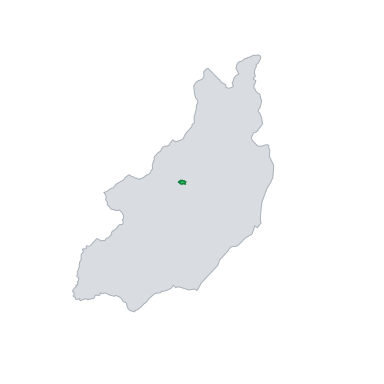 location of Bayannuur, Bulgan, Mongolia, rotated 301°
{"feature_id": "93677404B15769150174360", "entity_name": "Bayannuur", "entity_type": "district", "adm_level": 2, "iso_a3": "MNG", "parent_name": "Mongolia", "parent_adm1": "Bulgan", "projection": "albers", "projection_center": [104.475, 47.85], "detail": "fine", "context": "in_parent", "style": "filled", "palette": "green", "viewbox_px": 384, "rotation_deg": 301, "n_neighbors": 0, "source": "geoboundaries", "source_scale": "gbopen_adm2", "svg_char_len": 4535}
<svg xmlns="http://www.w3.org/2000/svg" viewBox="0 0 384 384"><g transform="rotate(301 192 192)"><path d="M41.7,143.7L42.8,143.9L44.7,143.0L45.2,141.3L45.9,140.4L50.0,140.8L51.7,141.6L52.2,140.6L52.6,140.5L53.4,141.6L54.4,141.4L55.1,141.1L55.9,139.9L57.2,140.4L59.9,139.4L60.3,136.8L61.3,136.3L63.5,136.2L64.0,135.1L64.5,134.8L66.0,134.8L68.9,133.9L70.2,134.0L71.3,133.0L73.9,131.9L77.5,131.8L77.9,131.1L81.5,129.2L85.0,129.7L86.2,127.8L86.8,127.6L88.8,130.5L89.9,130.3L90.4,129.4L91.8,129.6L92.2,131.5L92.9,132.3L103.0,134.4L103.3,135.1L103.3,139.2L105.0,141.4L105.3,142.3L108.2,142.4L109.7,144.1L112.2,144.3L113.4,144.9L115.9,143.8L116.5,143.8L117.2,144.6L118.4,144.2L120.5,145.8L122.3,145.8L123.1,146.4L124.2,146.1L126.6,146.7L128.4,149.1L129.8,149.0L131.6,147.8L132.1,146.8L134.6,146.5L136.0,145.7L137.0,144.9L138.6,141.8L139.1,138.6L138.0,138.0L137.0,136.8L136.6,135.0L136.6,133.8L135.6,131.9L135.8,130.9L136.6,129.4L137.1,126.8L138.0,125.5L139.7,124.8L139.9,123.8L141.1,121.9L143.7,120.9L145.3,118.9L146.3,116.7L147.4,117.9L150.6,119.7L153.2,120.6L154.9,122.3L159.7,123.0L167.6,127.3L169.3,127.1L174.0,128.9L174.4,129.5L174.3,132.4L174.6,133.2L174.7,136.3L175.6,137.9L175.3,139.8L175.7,140.4L176.9,140.7L178.7,142.7L183.1,144.2L184.3,145.5L187.3,146.4L188.9,145.9L191.4,146.2L192.3,146.0L193.9,144.5L194.9,144.0L200.6,142.8L202.1,141.8L203.2,141.6L207.6,142.5L210.8,143.9L215.2,143.7L217.4,145.2L218.3,146.8L220.1,148.1L226.4,148.4L226.7,148.7L226.7,152.0L227.0,152.6L231.2,156.0L233.2,157.0L238.9,156.4L248.0,158.2L250.0,157.3L252.0,158.3L252.7,158.2L258.3,154.7L259.1,154.8L265.0,153.1L268.7,151.2L271.5,151.0L273.7,149.4L274.4,146.8L277.7,143.4L283.8,138.8L287.9,138.9L290.4,139.9L293.2,142.2L294.7,142.8L297.4,142.6L300.9,140.2L302.9,140.4L304.8,140.9L306.2,142.1L302.4,156.8L302.5,157.6L301.0,160.7L301.4,165.4L299.2,167.4L299.8,170.0L300.5,170.9L303.6,173.1L304.4,172.6L305.0,171.4L306.4,170.2L309.1,170.1L311.3,169.3L314.4,169.7L317.4,171.4L320.5,166.1L323.9,164.9L327.3,164.9L330.3,167.6L333.6,168.5L334.7,170.1L336.1,170.6L336.6,171.4L340.9,174.3L342.1,176.6L343.5,178.0L343.8,179.8L343.7,180.7L342.4,181.9L337.1,182.5L333.7,181.4L332.8,182.5L328.7,182.9L326.6,184.0L325.2,185.0L324.4,186.3L323.8,186.6L323.1,186.7L321.7,186.0L320.7,186.2L320.4,186.5L320.2,189.5L316.8,190.1L315.6,189.9L312.9,191.7L312.7,192.9L311.4,194.7L310.4,197.9L310.9,199.1L310.6,200.0L308.2,202.0L306.1,204.7L301.1,206.4L298.7,206.9L296.9,206.5L295.2,207.2L294.1,210.0L291.2,213.7L286.6,217.4L277.6,216.5L276.4,216.1L274.4,214.3L269.3,214.8L267.9,216.2L266.8,218.4L265.2,225.0L267.6,228.5L270.2,230.7L271.3,232.3L271.5,233.8L269.9,234.6L267.8,237.2L262.4,239.9L256.8,248.4L246.0,253.9L239.2,254.6L233.8,254.4L219.1,257.2L209.7,261.6L202.6,265.3L201.1,267.1L200.4,267.3L199.1,266.7L195.2,266.5L195.2,263.4L186.8,265.1L180.1,261.4L170.5,259.1L168.6,258.2L165.4,254.1L163.7,253.4L159.5,253.1L148.0,250.7L142.5,251.9L119.2,246.9L110.5,247.1L110.2,246.7L110.0,244.0L106.4,239.7L106.0,238.7L105.9,237.1L103.6,228.8L101.7,227.3L102.4,224.0L99.3,223.9L96.1,222.2L92.9,219.4L91.5,217.4L89.1,216.6L86.5,213.0L85.2,212.2L78.2,209.9L74.5,209.7L70.7,208.2L66.4,207.4L65.1,206.5L63.8,206.4L61.4,204.5L59.7,204.5L58.4,199.6L59.4,196.8L60.5,195.2L63.0,193.0L63.1,192.1L62.7,189.6L64.5,185.7L64.6,183.1L64.0,180.0L62.6,179.0L61.3,174.7L61.1,171.6L60.6,169.3L58.7,167.6L58.4,165.7L57.8,165.4L57.2,165.9L55.9,165.9L54.8,164.5L54.4,163.1L53.7,162.6L52.3,162.3L50.9,162.7L49.6,162.1L48.6,160.7L45.8,158.2L46.0,156.8L45.8,155.8L44.9,155.4L44.1,154.2L41.3,152.4L41.4,151.7L42.5,150.5L40.7,148.8L40.2,147.4L41.7,146.0L41.4,144.8L41.7,143.7Z" fill="#d9dde1" stroke="#a8b0b8" stroke-width="1"/><path d="M196.4,177.1L196.2,177.1L196.3,177.1L196.2,177.0L196.1,176.9L196.1,177.0L196.0,176.9L195.9,176.8L195.8,176.7L195.8,176.8L195.7,176.8L195.7,176.7L195.4,176.6L195.5,176.5L195.4,176.5L195.4,176.4L195.2,176.3L195.0,176.2L195.0,176.3L194.9,176.3L194.9,176.2L194.7,176.1L194.5,175.9L194.5,176.0L194.5,175.9L194.4,175.9L194.2,175.8L194.0,175.7L193.9,175.7L193.7,175.7L193.4,175.7L193.5,176.3L193.3,177.3L193.1,177.8L193.3,178.6L193.4,178.9L193.6,179.3L193.7,179.5L193.8,179.5L194.0,179.6L194.3,179.7L194.3,179.8L194.5,180.0L194.7,180.3L194.8,180.4L194.8,180.5L195.0,180.6L195.0,180.8L195.0,181.0L195.0,181.3L195.1,181.5L195.2,181.9L195.2,182.0L195.3,182.1L195.5,181.9L195.7,181.6L195.7,181.4L196.2,181.5L196.9,181.5L197.3,181.5L197.3,181.2L197.5,180.8L197.5,179.7L197.2,179.6L197.0,178.6L196.7,178.0L196.4,177.1Z" fill="#22c55e" stroke="#15803d" stroke-width="1.5"/></g></svg>